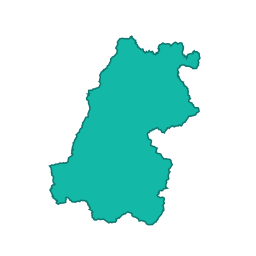 Mae Chaem, Chiang Mai, Thailand, rotated 199°
{"feature_id": "78962969B34643742441867", "entity_name": "Mae Chaem", "entity_type": "district", "adm_level": 2, "iso_a3": "THA", "parent_name": "Thailand", "parent_adm1": "Chiang Mai", "projection": "orthographic", "projection_center": [98.301, 18.574], "detail": "fine", "context": "isolated", "style": "filled", "palette": "teal", "viewbox_px": 256, "rotation_deg": 199, "n_neighbors": 0, "source": "geoboundaries", "source_scale": "gbopen_adm2", "svg_char_len": 5780}
<svg xmlns="http://www.w3.org/2000/svg" viewBox="0 0 256 256"><g transform="rotate(199 128 128)"><path d="M171.4,124.3L171.7,120.5L172.5,118.2L172.0,116.6L172.3,115.0L171.4,113.6L172.7,111.8L173.0,109.6L172.7,108.0L173.7,107.1L174.0,105.9L174.8,104.8L173.8,103.8L173.5,102.7L174.0,101.9L173.8,100.5L174.3,100.2L174.5,99.0L174.2,97.1L175.0,96.0L174.3,95.1L174.2,90.8L172.7,89.7L172.9,89.1L173.9,88.9L173.0,86.5L173.0,85.4L171.6,85.3L171.9,83.8L174.5,80.3L174.0,79.4L174.3,78.9L173.7,77.0L174.4,75.4L175.4,75.0L175.6,74.4L176.8,74.0L177.4,74.3L178.7,73.2L181.3,72.5L182.2,71.1L184.7,70.3L185.8,68.8L188.2,68.1L188.6,67.4L189.8,66.5L187.5,65.0L187.2,63.9L186.3,63.3L186.2,61.5L185.6,61.1L185.5,60.3L184.9,60.0L184.9,59.1L184.4,58.4L183.1,58.1L182.4,57.3L182.0,54.4L180.7,52.0L178.9,51.2L178.9,50.5L180.5,49.8L180.5,49.3L181.3,48.6L180.9,47.0L181.1,46.5L180.5,46.1L180.9,45.8L180.9,44.9L181.2,45.1L181.6,44.6L181.5,43.9L178.2,40.9L177.9,40.1L176.9,39.6L177.3,38.7L176.3,38.5L176.2,38.0L175.9,38.3L175.0,37.2L173.5,37.0L172.3,36.1L171.7,36.5L171.1,36.4L171.5,33.9L169.1,33.2L168.0,34.9L167.4,34.7L166.7,35.4L165.8,35.5L162.8,37.3L162.7,37.7L163.3,38.6L163.3,40.4L164.1,41.9L163.3,42.5L162.3,42.6L160.3,41.8L159.3,40.8L158.4,41.0L157.2,40.1L156.1,40.1L154.3,40.6L153.9,41.1L153.3,40.9L151.7,42.6L149.6,42.7L149.4,43.7L148.8,44.5L147.6,44.5L144.9,45.4L144.1,45.0L144.0,45.3L143.0,45.2L142.9,44.7L141.6,44.1L141.3,43.5L141.5,43.3L140.4,42.0L139.7,42.2L139.5,41.5L138.7,41.2L138.6,40.5L137.8,40.3L137.6,39.3L138.1,38.5L136.4,38.3L133.9,37.2L134.6,36.4L134.6,35.4L133.3,34.4L133.6,33.5L133.1,33.1L132.9,32.1L132.4,31.5L131.0,31.7L130.7,30.6L129.5,30.2L127.8,30.9L126.0,32.7L124.6,32.3L121.6,33.9L115.3,32.1L114.7,32.4L114.1,33.4L112.4,33.2L111.5,34.2L109.3,34.9L108.7,36.6L109.6,38.1L108.8,38.5L108.3,39.6L107.0,39.9L105.1,44.2L104.2,44.7L104.0,45.6L102.8,45.7L101.7,47.8L100.8,48.6L96.5,48.5L96.2,47.4L95.4,46.3L93.6,45.9L92.0,46.2L88.7,45.5L87.2,43.7L85.1,45.0L80.9,45.0L79.4,43.5L78.2,43.2L75.9,43.6L75.1,44.2L73.5,44.6L71.7,48.1L70.9,48.4L70.7,49.9L70.1,51.0L69.9,53.5L68.2,57.5L68.2,60.2L67.4,61.5L68.2,61.9L67.7,62.9L69.1,65.4L69.9,66.1L69.2,68.4L69.4,69.3L70.1,69.4L70.4,70.1L70.7,71.2L70.3,71.8L71.0,73.5L72.8,73.9L74.8,72.6L78.1,73.3L78.5,73.7L78.4,74.6L77.6,75.4L77.4,76.1L78.1,76.6L77.6,77.3L78.2,78.3L76.7,79.7L75.8,79.6L74.8,80.3L74.9,81.5L74.6,82.0L71.3,83.9L73.4,84.6L73.3,85.5L73.9,86.8L73.7,89.2L74.8,90.6L74.1,91.8L73.2,92.4L72.9,93.1L73.1,93.9L73.9,94.6L74.7,97.3L74.1,100.3L75.4,100.7L76.1,102.1L75.2,103.7L74.2,107.9L75.6,108.9L76.3,110.5L77.5,111.7L78.5,111.9L81.2,111.2L82.0,111.4L84.0,110.4L87.0,112.3L88.4,113.9L90.2,114.0L91.6,113.5L93.9,114.3L93.5,115.5L94.2,116.1L93.8,118.4L95.4,118.4L96.9,119.0L98.3,118.7L101.0,119.1L101.6,123.5L103.0,124.4L104.3,124.1L105.3,124.6L107.8,128.7L107.5,130.2L106.3,130.8L106.4,132.5L104.7,133.1L104.3,134.7L103.1,134.7L102.4,136.3L101.2,136.7L100.7,137.7L100.1,137.9L98.4,136.6L96.4,137.0L94.4,134.9L93.3,135.4L92.0,135.2L91.9,136.9L90.7,139.9L90.7,141.1L88.8,141.2L88.8,142.0L86.6,144.6L84.6,144.1L83.6,145.3L80.8,146.6L80.9,147.2L80.1,147.7L78.5,147.2L77.9,148.1L77.6,150.7L75.9,152.2L74.2,159.1L72.6,159.5L68.4,162.4L67.8,165.0L66.2,166.7L67.3,169.0L68.4,169.9L71.2,169.0L72.9,169.7L73.6,171.1L74.7,171.2L75.5,172.3L76.6,172.5L77.2,172.2L79.4,173.0L79.6,174.0L78.6,176.2L79.9,176.8L79.9,177.7L80.3,178.4L81.8,178.6L82.6,180.4L82.9,182.3L83.9,183.3L84.3,184.7L85.3,184.8L85.5,185.6L86.0,185.8L87.9,186.1L88.3,186.9L89.2,186.8L89.6,187.8L90.6,188.5L90.5,189.3L93.0,189.5L95.6,191.8L96.4,191.9L96.7,192.5L96.4,193.0L97.0,193.5L97.2,192.8L97.7,192.7L98.6,194.9L98.2,195.6L98.8,195.6L98.4,196.9L98.9,196.9L98.8,197.8L100.1,198.9L100.2,200.5L98.8,202.4L99.1,203.3L98.8,203.2L98.7,203.9L97.5,205.1L96.6,205.6L94.9,205.8L93.5,205.3L89.9,206.4L88.5,206.0L87.4,206.2L86.2,205.3L82.6,206.6L82.4,209.1L81.8,210.2L82.4,211.8L82.3,212.9L83.7,214.4L82.7,217.6L83.5,218.3L84.9,221.4L85.6,221.9L86.9,222.0L87.6,222.6L89.6,221.8L90.5,222.6L91.4,221.0L90.8,219.6L91.9,219.3L95.2,217.1L95.5,215.6L95.0,213.9L95.3,212.9L96.0,214.2L96.7,214.7L97.8,213.8L97.8,214.5L98.5,215.2L100.0,215.0L101.6,218.0L101.2,219.8L101.7,220.3L101.6,221.3L102.0,221.5L101.9,222.8L103.3,223.9L104.7,225.8L106.7,225.4L108.3,223.5L109.7,224.4L111.2,224.5L112.5,222.9L114.2,219.5L114.7,220.4L116.7,220.9L118.6,220.3L120.1,219.4L122.7,219.7L124.1,217.6L125.1,217.0L125.7,215.2L125.2,213.6L125.3,213.1L124.4,213.3L124.5,212.0L123.7,211.9L123.5,211.4L124.1,210.7L124.2,209.3L125.2,208.7L124.5,208.2L125.8,207.8L125.6,206.6L125.9,206.2L127.0,206.6L128.0,206.2L128.4,207.3L129.9,208.4L130.4,208.0L130.5,207.2L132.3,207.4L133.2,208.0L133.5,206.4L134.4,205.9L135.6,206.3L135.8,204.8L136.7,204.7L137.3,205.3L138.5,205.3L139.1,207.0L139.8,207.5L141.4,206.3L142.2,207.0L143.5,207.2L143.9,207.9L145.4,207.9L145.5,208.7L146.6,209.9L148.5,210.4L148.1,211.5L148.9,211.5L149.3,213.3L150.0,213.1L152.4,214.3L153.2,214.2L153.6,214.6L153.7,215.6L154.5,215.9L155.5,214.7L155.3,213.8L156.9,212.1L158.1,212.2L160.5,211.2L162.0,211.1L164.7,209.8L166.0,205.9L164.9,203.7L165.6,199.6L163.3,198.2L163.2,196.0L162.7,195.0L163.3,194.3L163.5,193.3L164.8,190.8L165.8,190.1L166.8,187.7L166.1,185.5L166.5,183.8L166.3,183.0L166.7,182.3L166.6,181.2L167.7,180.0L167.5,177.6L168.8,176.7L168.8,175.8L169.2,175.4L170.0,175.2L169.8,173.8L170.6,173.6L170.7,172.8L171.5,172.0L171.4,170.8L171.9,168.9L170.5,166.6L170.5,164.7L169.9,163.8L170.5,162.6L168.4,161.4L168.5,157.6L169.5,156.3L171.5,154.9L172.2,154.0L173.7,153.5L174.4,151.6L175.7,151.6L177.4,150.7L176.6,148.1L175.6,147.8L175.7,147.4L177.1,146.9L175.6,146.3L176.6,145.1L176.4,144.2L176.9,143.0L176.4,141.5L174.2,140.9L173.2,138.2L172.0,137.0L170.2,133.9L170.4,128.4L169.2,125.4L171.4,124.3Z" fill="#14b8a6" stroke="#0f766e" stroke-width="1.5"/></g></svg>